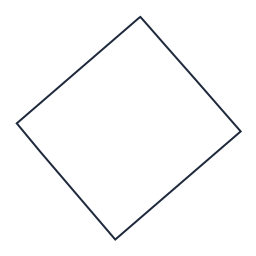 Clinton, Missouri, United States of America, rotated 139°
{"feature_id": "52423323B8236601401244", "entity_name": "Clinton", "entity_type": "district", "adm_level": 2, "iso_a3": "USA", "parent_name": "United States of America", "parent_adm1": "Missouri", "projection": "natural_earth1", "projection_center": [-94.481, 39.601], "detail": "fine", "context": "isolated", "style": "outline", "palette": "slate", "viewbox_px": 256, "rotation_deg": 139, "n_neighbors": 0, "source": "geoboundaries", "source_scale": "gbopen_adm2", "svg_char_len": 288}
<svg xmlns="http://www.w3.org/2000/svg" viewBox="0 0 256 256"><g transform="rotate(139 128 128)"><path d="M45.2,51.5L45.3,119.7L45.6,165.0L45.7,196.3L45.8,203.7L47.8,203.9L103.3,204.1L208.9,204.5L209.8,166.6L210.8,52.2L45.2,51.5Z" fill="none" stroke="#1e293b" stroke-width="2"/></g></svg>